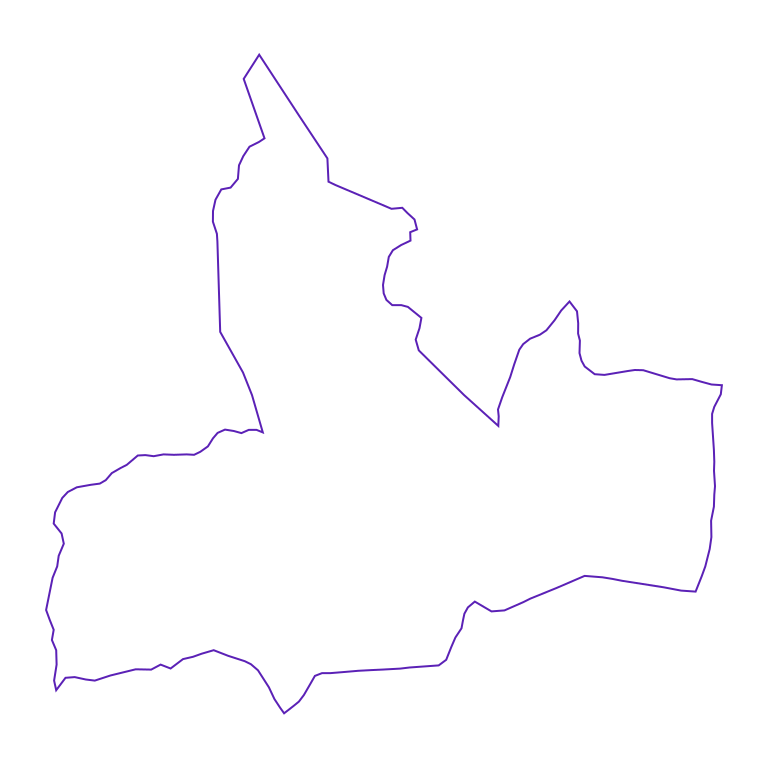 Várzea Branca, Piauí, Brazil
{"feature_id": "56859067B57465837137566", "entity_name": "Várzea Branca", "entity_type": "district", "adm_level": 2, "iso_a3": "BRA", "parent_name": "Brazil", "parent_adm1": "Piauí", "projection": "mercator", "projection_center": [-42.923, -9.288], "detail": "fine", "context": "isolated", "style": "outline", "palette": "violet", "viewbox_px": 768, "rotation_deg": 0, "n_neighbors": 0, "source": "geoboundaries", "source_scale": "gbopen_adm2", "svg_char_len": 2380}
<svg xmlns="http://www.w3.org/2000/svg" viewBox="0 0 768 768"><path d="M51.9,640.0L56.2,650.2L56.6,664.6L54.1,680.6L56.2,690.2L65.5,677.8L74.7,677.1L85.8,679.5L94.8,680.6L110.4,675.5L135.7,669.3L151.2,669.6L160.6,664.6L170.6,668.5L183.0,659.1L193.0,656.8L201.7,653.7L213.7,650.2L228.1,655.8L244.8,661.2L250.9,664.2L258.0,670.3L268.9,687.3L274.4,699.0L280.1,707.7L284.1,713.3L293.5,706.0L298.9,701.6L303.9,695.0L310.1,684.3L314.9,675.9L322.1,673.1L330.7,673.1L345.4,671.9L358.2,670.8L371.2,670.1L382.0,669.6L400.3,668.6L409.5,667.5L438.7,665.4L446.2,659.8L451.3,647.0L455.4,637.5L461.5,628.3L463.0,620.3L464.4,613.7L467.9,607.4L474.8,601.6L491.5,611.4L504.5,610.4L523.6,602.0L530.4,598.6L556.5,588.0L575.3,579.9L584.6,575.9L602.4,577.3L612.4,578.9L622.1,580.8L663.7,587.3L681.1,590.6L695.6,591.6L701.7,576.3L705.3,566.4L709.7,549.0L711.4,537.1L711.1,520.7L713.9,506.7L714.3,494.6L715.0,486.2L714.0,470.8L714.3,461.8L713.9,450.0L712.1,423.0L712.1,413.9L714.3,406.8L720.8,394.3L721.9,385.2L711.5,384.5L701.9,381.9L692.2,379.1L676.5,379.4L669.6,378.2L643.2,370.2L634.8,370.0L627.9,371.0L604.5,374.9L594.7,374.2L584.7,366.5L581.5,360.7L579.5,353.1L579.9,340.6L578.1,333.6L578.2,323.3L577.0,311.3L569.5,301.5L561.2,310.5L554.6,320.2L546.4,330.3L539.9,334.7L530.1,338.7L523.2,344.1L519.3,349.7L514.2,364.4L510.2,377.1L502.2,397.3L498.0,409.5L498.7,416.3L498.3,425.9L464.1,395.1L418.8,350.4L415.7,339.6L419.5,328.2L421.4,317.9L407.9,306.9L401.2,305.1L392.2,305.1L386.4,299.9L383.7,293.4L383.0,285.0L384.6,275.1L387.1,266.7L388.8,256.9L392.9,250.2L401.2,245.0L410.5,240.6L410.2,232.2L417.1,229.4L414.5,219.5L407.6,213.2L402.3,207.8L391.5,208.8L335.4,185.0L328.5,181.7L327.4,158.4L299.7,116.6L259.2,54.7L243.7,78.9L264.5,138.3L258.9,142.0L249.5,146.7L243.3,156.1L239.0,165.3L237.9,178.9L230.6,187.6L221.3,189.4L215.5,199.7L213.0,211.0L212.9,221.7L216.9,233.8L217.4,241.5L220.2,331.9L243.0,372.5L252.0,395.1L262.8,432.4L256.6,429.9L248.7,429.9L241.4,433.1L233.8,431.0L225.0,429.6L217.6,432.9L213.0,438.3L207.9,446.4L200.3,451.8L194.1,454.8L186.7,454.4L173.9,454.8L163.5,454.4L153.7,456.2L145.4,455.1L137.8,455.5L126.7,464.9L120.8,467.9L111.8,473.1L105.8,480.1L99.8,483.6L90.8,484.8L76.8,487.3L67.8,492.0L62.3,497.9L55.1,512.3L53.7,523.6L61.6,533.5L63.8,543.7L58.7,555.8L57.2,566.4L52.6,577.8L46.1,610.0L49.7,619.8L53.7,629.8L51.9,640.0Z" fill="none" stroke="#5b21b6" stroke-width="2"/></svg>